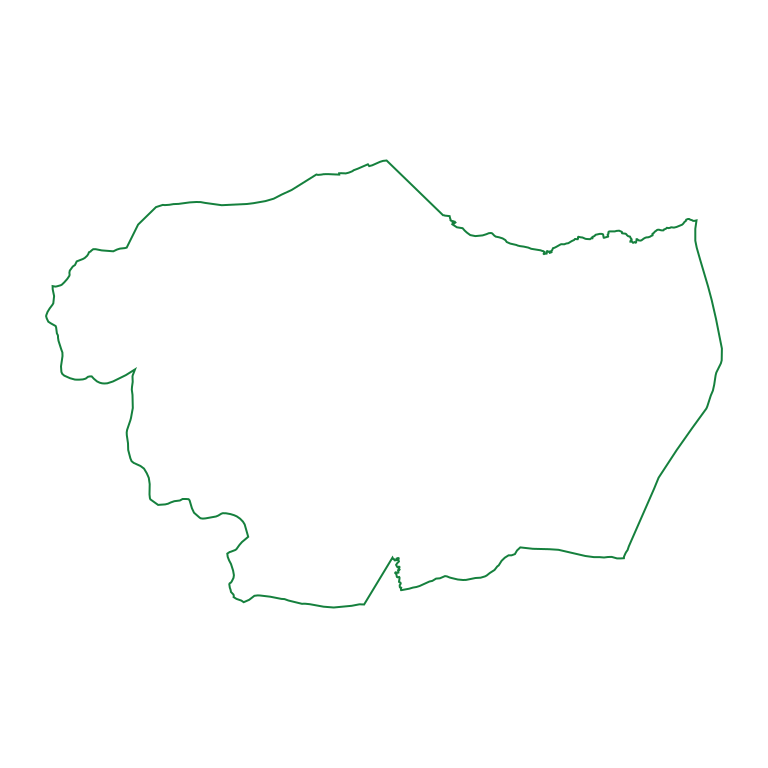 Bua Lai, Nakhon Ratchasima, Thailand (Mercator projection)
{"feature_id": "78962969B37861648754674", "entity_name": "Bua Lai", "entity_type": "district", "adm_level": 2, "iso_a3": "THA", "parent_name": "Thailand", "parent_adm1": "Nakhon Ratchasima", "projection": "mercator", "projection_center": [102.534, 15.669], "detail": "fine", "context": "isolated", "style": "outline", "palette": "green", "viewbox_px": 768, "rotation_deg": 0, "n_neighbors": 0, "source": "geoboundaries", "source_scale": "gbopen_adm2", "svg_char_len": 6068}
<svg xmlns="http://www.w3.org/2000/svg" viewBox="0 0 768 768"><path d="M696.5,220.4L694.3,220.9L693.2,220.9L692.0,220.2L690.3,219.7L689.1,219.0L688.0,219.0L686.2,219.7L685.7,221.1L684.6,221.8L683.2,223.7L682.1,224.7L676.5,227.0L674.0,227.6L671.1,227.3L670.1,227.8L668.5,228.1L666.9,227.8L665.8,228.8L664.0,229.5L663.5,230.3L663.1,230.4L661.1,230.3L658.9,229.7L657.5,229.8L656.9,230.1L656.1,230.8L654.9,231.6L653.7,233.0L652.5,233.8L652.4,234.2L652.7,234.9L652.5,235.4L651.4,235.8L650.2,236.6L648.2,237.3L646.4,237.4L645.2,237.8L643.9,238.5L641.5,240.3L640.5,240.6L638.7,240.4L637.2,239.2L636.6,239.2L636.2,242.1L635.9,242.6L635.6,242.7L634.5,242.1L633.1,242.8L632.1,241.7L630.4,241.7L630.4,241.2L630.8,240.4L631.6,240.2L631.7,239.9L631.4,238.9L630.6,238.0L630.0,236.6L628.2,236.2L626.9,235.1L626.3,234.2L625.5,233.7L622.2,233.3L622.0,233.1L622.0,232.2L621.7,231.8L619.1,230.7L616.6,230.9L614.8,231.4L609.8,231.4L609.1,231.5L608.4,232.2L608.5,233.7L607.7,234.5L607.7,235.1L608.2,236.2L608.1,236.6L604.0,237.8L603.7,237.7L603.6,237.3L603.1,234.5L602.6,234.1L601.6,233.9L599.6,233.9L595.6,234.8L594.4,236.1L593.3,236.5L592.2,237.2L592.0,237.6L592.5,238.0L592.4,238.3L591.0,238.4L590.0,239.2L586.8,239.0L585.4,238.8L582.5,237.5L580.6,237.3L578.4,236.8L578.0,237.2L578.0,238.6L577.7,239.2L576.8,239.2L575.7,239.0L575.0,239.0L574.1,240.0L571.7,241.1L568.3,243.2L566.3,243.5L564.2,244.3L561.5,244.2L560.6,244.4L556.2,246.9L554.4,247.8L553.0,248.2L552.2,250.1L551.2,251.0L551.2,251.3L551.6,252.0L551.1,252.4L549.8,252.8L549.7,252.5L550.0,251.8L549.8,251.6L549.3,251.5L548.4,251.8L547.6,251.2L547.2,251.1L547.0,251.6L546.6,253.6L545.0,253.7L544.0,254.1L543.7,253.9L543.7,253.5L544.5,252.6L544.6,252.0L542.9,251.0L542.4,251.0L540.5,250.3L531.2,248.8L528.3,247.6L523.7,246.6L519.9,246.1L517.5,245.5L516.5,245.0L510.3,243.6L506.7,242.0L505.4,240.1L502.6,238.4L499.1,237.3L495.7,236.6L494.3,235.6L492.2,233.4L491.0,233.0L488.8,233.2L486.4,234.2L482.6,235.4L475.4,236.1L470.3,235.1L466.9,232.6L464.6,230.5L462.6,228.2L456.9,227.3L452.6,224.5L455.4,222.5L454.7,221.7L452.7,222.3L453.0,221.2L451.2,220.8L450.5,220.2L450.6,219.6L450.1,218.3L449.6,216.1L444.8,215.6L444.2,215.3L443.0,215.2L386.6,160.5L383.0,160.9L380.1,161.8L372.2,165.3L369.2,166.1L367.9,164.3L357.8,168.7L353.5,170.3L352.6,171.1L350.2,172.1L348.6,172.7L345.8,173.4L341.2,173.2L339.1,173.3L339.2,174.6L327.7,174.1L323.6,174.2L321.4,174.6L318.0,174.9L316.4,174.5L291.6,190.0L281.6,194.6L273.7,198.7L265.4,201.1L253.4,203.2L246.9,204.0L221.7,205.2L205.0,202.9L200.7,202.1L196.3,202.0L189.7,202.4L178.5,203.9L173.5,204.1L169.3,204.8L164.8,205.1L162.8,204.9L156.0,207.1L138.1,224.6L126.7,247.6L124.8,248.1L120.0,248.6L117.1,249.5L113.3,251.3L101.7,250.4L95.7,249.2L93.2,249.2L91.0,250.9L90.6,251.5L88.9,252.3L88.4,253.8L87.2,255.7L84.7,258.0L82.9,259.0L76.7,261.4L75.0,265.0L72.8,266.5L69.8,270.6L69.4,272.7L69.6,274.9L69.3,275.9L67.3,278.9L64.3,282.3L61.8,284.7L60.6,285.3L56.7,286.4L55.3,286.6L52.6,286.1L52.7,289.3L54.1,296.1L53.3,303.3L52.5,304.7L49.7,308.4L47.6,311.8L46.4,314.9L46.1,316.1L46.7,318.3L48.3,321.7L51.1,323.5L55.6,326.0L56.1,327.3L56.9,333.4L57.8,335.1L58.0,336.1L58.0,337.6L58.5,340.8L61.2,349.2L62.4,352.5L62.5,356.1L61.0,366.4L61.4,371.9L62.2,373.8L64.2,375.6L70.0,378.2L75.0,379.6L78.7,379.7L82.9,379.4L85.7,378.6L88.0,376.8L89.9,376.4L91.7,376.4L93.8,378.7L97.0,381.4L99.7,382.7L102.0,383.3L104.3,383.5L107.3,383.3L112.9,381.5L125.9,375.1L135.0,369.4L132.7,375.4L132.5,376.5L132.7,381.9L132.0,386.9L131.8,389.7L132.5,394.9L132.8,408.0L131.0,417.9L130.4,420.2L127.1,429.9L126.7,432.4L126.8,435.1L128.0,443.3L128.2,450.0L130.4,458.4L131.6,461.2L133.7,462.9L140.5,466.0L144.0,468.6L146.8,473.3L148.8,477.9L149.7,484.1L149.5,494.4L149.9,498.1L150.4,499.4L158.1,504.9L165.2,504.4L168.1,503.7L170.6,502.5L174.3,501.2L179.9,500.5L182.6,499.0L186.1,499.0L188.6,499.2L189.6,500.4L191.9,508.2L194.0,512.7L199.7,517.7L200.7,518.3L202.8,518.6L205.4,518.4L216.0,516.5L218.4,515.5L221.3,513.7L222.8,513.2L226.1,513.3L230.5,514.1L234.1,515.2L236.8,516.4L240.1,518.7L243.0,521.7L244.7,524.5L248.2,536.8L241.9,542.1L239.4,545.0L236.4,549.2L235.3,550.0L230.6,551.8L229.7,552.0L227.3,553.6L227.7,556.8L229.1,560.4L231.0,564.0L233.1,570.6L233.9,575.2L233.5,577.9L231.7,581.5L230.9,582.6L229.7,583.3L229.3,584.2L229.8,587.6L230.6,589.9L231.0,592.0L233.5,594.6L233.8,596.1L233.6,597.1L236.5,598.9L241.4,600.6L243.7,602.2L249.2,599.8L254.4,595.8L257.7,595.4L260.1,595.5L270.2,596.7L281.4,598.9L284.5,599.1L288.4,600.5L301.9,603.8L304.9,603.7L309.8,604.2L323.6,606.7L333.7,607.5L351.7,605.8L359.5,604.3L364.1,604.5L392.5,557.6L393.2,559.0L394.3,559.3L394.5,560.2L394.8,560.4L396.8,560.1L396.9,559.7L396.5,558.9L396.6,558.6L398.1,558.0L398.7,558.3L398.4,559.8L398.9,561.5L397.2,563.2L396.1,564.9L397.0,566.6L397.6,567.3L398.2,567.4L398.8,566.7L399.4,566.8L399.5,567.2L398.8,568.3L399.6,569.5L399.3,570.0L398.3,570.0L398.0,570.2L398.5,572.0L398.4,572.6L397.4,572.8L395.7,572.3L395.3,572.6L395.2,573.0L396.4,574.3L396.7,576.2L397.0,577.0L397.6,577.3L399.2,577.0L399.5,577.5L399.5,578.5L399.0,581.8L399.2,582.1L400.4,582.6L400.7,583.3L400.5,584.0L399.7,585.2L399.8,587.0L400.0,587.4L400.8,587.5L401.2,587.7L400.9,588.9L401.1,590.1L401.6,590.1L409.2,588.7L412.9,587.6L416.4,587.0L419.6,586.0L429.5,581.5L432.3,580.9L436.1,578.6L439.9,578.3L445.0,576.1L447.0,576.4L449.6,577.5L451.9,578.1L457.8,579.5L463.0,580.0L466.1,579.9L475.5,578.0L480.6,577.7L485.0,576.4L486.7,575.5L489.8,573.0L494.5,570.0L497.3,566.4L498.7,565.4L501.6,560.8L504.8,557.7L508.6,555.3L511.6,555.3L514.9,554.1L517.0,550.5L520.3,547.4L532.9,548.8L549.1,549.2L558.5,549.8L585.4,556.0L593.7,557.1L599.3,557.1L604.0,557.5L608.0,557.0L611.7,556.9L617.0,558.4L620.8,558.4L623.9,558.2L624.0,556.7L625.1,554.1L626.0,552.3L627.6,550.0L628.8,546.4L654.1,488.7L658.6,477.7L676.6,450.2L692.3,427.9L706.4,408.5L707.3,406.4L710.8,395.5L712.9,390.6L714.2,384.7L715.6,375.4L716.3,372.6L720.9,363.3L721.7,360.3L721.9,348.6L716.0,318.9L711.7,300.1L708.1,286.6L700.2,259.9L696.7,247.6L695.3,240.7L695.3,228.8L696.5,220.4Z" fill="none" stroke="#15803d" stroke-width="2"/></svg>